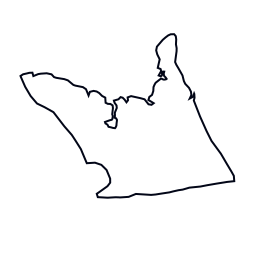 Ngerkesowaol, Palau, rotated 158°
{"feature_id": "81905179B86075584623295", "entity_name": "Ngerkesowaol", "entity_type": "district", "adm_level": 2, "iso_a3": "PLW", "parent_name": "Palau", "parent_adm1": "", "projection": "albers", "projection_center": [134.492, 7.341], "detail": "fine", "context": "isolated", "style": "outline", "palette": "ink", "viewbox_px": 256, "rotation_deg": 158, "n_neighbors": 0, "source": "geoboundaries", "source_scale": "gbopen_adm2", "svg_char_len": 2170}
<svg xmlns="http://www.w3.org/2000/svg" viewBox="0 0 256 256"><g transform="rotate(158 128 128)"><path d="M49.4,38.9L47.8,44.0L48.5,49.4L49.8,57.7L51.5,69.3L55.4,84.7L56.3,95.7L56.9,111.8L56.7,128.8L55.0,131.1L53.8,134.7L53.8,135.1L56.0,132.6L59.7,132.2L56.9,134.8L56.0,138.2L56.4,142.4L58.4,147.5L58.6,150.6L57.8,156.3L58.9,164.6L59.5,168.5L59.6,171.5L54.2,181.0L53.0,183.8L52.2,187.6L50.1,192.1L49.3,195.2L50.1,197.7L53.3,198.9L56.0,198.8L59.3,197.9L62.8,196.7L70.7,192.6L72.8,189.4L73.3,185.3L72.9,179.8L77.9,172.6L75.7,170.5L75.9,168.4L79.9,165.2L78.4,163.8L77.4,163.8L76.2,164.7L76.0,166.7L74.3,167.2L73.3,166.7L74.6,164.9L75.0,162.8L74.2,160.9L73.8,159.1L74.6,158.9L76.1,159.2L77.1,159.7L78.1,160.8L78.8,161.5L85.4,159.6L87.1,158.3L89.0,156.4L90.7,152.8L93.3,149.7L96.6,148.8L98.6,146.3L96.6,143.7L94.9,141.4L97.5,140.7L100.1,142.3L101.9,148.4L105.3,151.0L113.2,156.4L116.9,156.5L117.6,153.7L119.8,152.4L120.5,155.5L121.6,158.1L123.3,159.4L126.1,158.2L130.8,158.7L131.0,156.4L130.2,153.2L130.9,150.8L134.3,147.3L134.7,146.6L135.1,145.3L135.8,143.7L136.5,142.5L135.4,141.4L135.2,139.6L136.0,138.1L136.7,136.9L137.9,134.5L139.5,133.0L140.1,132.7L141.9,133.7L143.7,135.1L145.6,136.4L145.8,138.8L147.2,140.7L147.1,142.2L141.9,142.0L140.0,141.7L139.0,142.4L137.6,144.8L137.5,146.6L134.5,152.1L133.8,154.7L135.3,156.9L137.6,157.9L139.3,159.8L137.7,164.7L140.0,167.4L141.6,171.2L143.4,173.6L146.0,175.3L149.8,175.8L152.4,172.9L152.4,177.6L152.4,179.7L154.5,182.8L160.9,187.0L162.5,188.4L165.9,194.7L168.8,197.2L175.7,201.4L177.5,202.9L178.8,206.4L182.9,209.2L188.4,211.0L191.0,211.6L196.3,211.6L195.9,215.1L198.7,216.1L201.5,216.5L205.1,217.1L208.2,216.5L208.2,215.1L207.9,204.7L206.3,194.1L203.2,184.8L197.6,178.6L191.2,170.6L186.4,153.4L182.7,142.6L181.4,136.0L179.6,126.1L179.4,110.8L171.6,108.2L166.5,103.8L163.6,97.1L163.5,87.8L163.8,87.0L165.0,84.0L166.8,82.9L168.9,81.7L178.0,79.5L181.6,78.7L181.9,75.2L173.0,71.0L165.3,68.4L161.1,66.5L153.2,63.9L145.4,63.9L131.6,57.3L127.3,56.0L122.1,54.8L113.7,52.8L109.9,52.3L104.5,51.4L100.4,50.4L93.4,49.7L82.8,46.6L76.1,45.3L66.9,43.3L59.1,41.5L56.4,40.9L49.4,38.9Z" fill="none" stroke="#020617" stroke-width="2"/></g></svg>